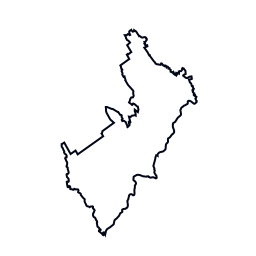 the district of Rumbas pag., Kuldigas, Latvia, rotated 247°
{"feature_id": "27541924B49988054161114", "entity_name": "Rumbas pag.", "entity_type": "district", "adm_level": 2, "iso_a3": "LVA", "parent_name": "Latvia", "parent_adm1": "Kuldigas", "projection": "natural_earth1", "projection_center": [22.062, 56.994], "detail": "fine", "context": "isolated", "style": "outline", "palette": "ink", "viewbox_px": 256, "rotation_deg": 247, "n_neighbors": 0, "source": "geoboundaries", "source_scale": "gbopen_adm2", "svg_char_len": 5851}
<svg xmlns="http://www.w3.org/2000/svg" viewBox="0 0 256 256"><g transform="rotate(247 128 128)"><path d="M125.2,201.4L125.8,201.3L126.3,201.8L127.4,201.5L128.2,201.6L128.6,201.5L129.0,202.3L130.0,203.1L130.4,202.6L132.3,202.6L132.3,202.3L131.6,201.9L132.5,201.4L133.0,201.5L134.0,202.4L134.3,202.1L135.0,202.1L135.7,201.7L136.1,201.7L136.9,202.5L137.6,202.1L137.9,202.2L138.2,202.6L138.1,203.6L138.4,203.9L138.9,203.6L140.1,203.7L141.3,204.0L141.6,203.2L144.4,203.5L145.8,202.8L148.7,203.0L148.2,205.8L148.3,206.0L150.7,206.6L151.1,205.1L151.1,203.9L150.8,202.4L151.5,200.9L154.6,199.2L154.9,199.4L154.9,199.8L155.2,200.5L155.2,202.2L158.1,203.2L161.0,202.5L161.9,201.6L161.4,200.9L160.5,200.7L159.7,199.3L159.6,199.1L160.1,198.0L160.2,196.9L159.6,196.8L158.9,196.0L158.6,196.0L158.5,196.3L158.1,196.1L158.8,195.5L158.6,194.8L158.8,194.7L159.1,195.0L159.3,194.9L159.2,194.2L159.4,194.1L159.0,193.9L158.4,193.9L157.7,193.4L157.9,193.0L158.7,192.8L158.1,192.6L158.7,192.3L158.8,191.8L159.0,191.7L159.1,192.0L159.4,192.0L160.5,191.1L161.5,191.3L161.2,190.8L161.5,190.6L162.2,190.5L162.5,189.8L163.4,189.6L163.4,189.3L163.9,189.4L164.8,190.0L165.2,189.7L166.2,189.3L166.8,189.5L166.9,189.3L166.5,189.0L166.8,188.8L166.9,188.4L167.1,188.4L167.5,188.9L168.5,188.7L168.9,188.5L169.4,187.9L169.0,187.2L170.1,187.3L170.3,187.2L170.1,186.9L170.7,186.6L170.3,186.3L170.6,185.7L172.2,184.9L172.2,184.6L172.6,184.4L173.0,184.6L174.0,184.4L174.5,183.8L173.5,182.5L174.8,180.5L175.0,180.4L175.4,179.4L176.7,178.5L177.6,178.5L179.6,177.8L185.4,176.4L186.5,176.5L186.6,175.9L190.2,175.6L195.6,174.4L195.6,177.8L196.7,178.0L197.3,176.3L199.2,176.1L199.1,176.7L200.8,176.8L200.5,177.5L201.8,179.7L202.5,180.1L203.3,179.6L204.0,179.9L205.1,179.1L205.7,176.3L206.3,175.7L207.1,175.4L208.3,174.5L208.2,174.1L213.6,173.2L215.6,171.9L214.7,171.5L214.7,171.2L214.9,171.1L214.8,170.1L216.0,169.6L216.5,168.9L217.0,169.1L216.8,167.7L216.4,166.9L214.9,166.3L212.9,166.4L212.9,165.7L213.8,165.5L214.5,164.6L214.0,163.2L214.7,161.3L212.6,161.6L211.6,161.3L209.4,161.5L208.7,162.1L207.1,163.0L205.8,163.2L204.6,159.6L196.6,160.7L195.6,156.5L196.2,156.5L196.0,155.6L191.0,156.1L188.6,145.4L187.5,145.5L185.1,145.0L184.8,145.4L183.9,145.5L183.9,145.0L182.6,144.3L182.2,144.4L180.4,144.3L179.3,143.6L176.7,143.9L176.8,144.9L172.6,144.4L172.6,144.2L167.8,144.8L160.5,147.3L159.6,147.3L158.2,146.4L155.4,145.8L154.3,144.6L154.8,142.9L153.8,141.4L152.0,140.0L151.1,138.9L148.8,140.3L147.6,140.8L147.7,141.3L148.5,142.1L148.3,142.7L147.3,143.4L144.2,144.9L143.8,145.4L140.9,144.8L138.8,143.3L142.2,141.4L140.9,140.8L139.2,140.8L137.4,140.3L136.4,139.9L137.1,139.3L137.8,136.4L137.1,134.7L138.1,133.3L134.0,132.7L133.4,132.5L133.4,132.0L133.0,131.9L132.7,132.4L132.4,132.5L132.2,132.2L132.8,131.6L132.2,131.5L131.8,131.1L131.0,131.1L131.9,130.7L131.3,130.5L130.2,130.7L129.4,129.1L129.0,127.9L129.3,127.8L129.7,128.2L134.3,128.2L136.2,127.1L136.5,126.5L136.6,125.5L137.9,125.4L138.7,126.7L140.7,126.4L142.0,127.1L142.5,127.0L143.2,125.9L146.3,125.3L146.3,125.1L151.5,121.4L151.5,121.0L151.7,120.7L155.6,116.8L156.0,115.8L152.1,114.4L150.4,114.2L143.6,114.9L142.6,115.1L138.3,117.1L135.1,103.2L133.4,102.1L133.3,101.5L130.1,101.9L123.4,71.4L127.7,70.9L126.5,65.0L139.5,63.6L139.0,61.0L139.1,60.7L137.5,59.9L136.6,59.7L134.7,60.1L132.9,60.0L131.5,60.2L130.3,59.6L129.8,59.6L129.3,59.7L127.7,60.6L126.3,60.7L125.0,60.0L125.3,59.0L124.6,58.3L122.1,58.4L121.5,58.3L120.6,58.5L119.8,58.5L117.7,57.4L117.0,56.5L116.2,56.4L115.6,56.9L114.9,57.0L113.6,56.4L111.8,56.3L110.2,56.0L109.9,55.8L109.3,54.9L109.5,53.6L109.0,53.2L106.8,52.7L104.6,53.4L102.9,53.0L102.3,52.8L101.8,52.2L102.4,51.2L102.5,50.9L102.4,50.6L99.5,49.8L97.4,49.4L97.1,49.5L96.7,50.2L96.9,50.9L97.5,51.3L97.3,51.6L96.6,51.8L95.9,51.7L94.6,51.0L94.0,51.5L93.5,52.5L92.6,53.3L92.4,53.7L92.5,54.2L93.0,54.7L92.9,55.0L92.0,55.7L91.4,57.3L90.9,58.0L90.0,58.1L88.5,57.0L87.8,57.3L87.1,58.1L86.0,58.8L84.8,58.4L81.2,59.4L79.4,60.3L79.0,60.2L78.0,59.6L77.1,59.3L72.6,59.5L72.0,59.8L70.9,61.3L70.1,61.8L70.3,62.7L69.8,64.6L69.3,65.0L67.7,64.4L66.8,64.7L66.2,65.1L65.0,65.0L64.7,64.4L63.4,63.4L63.1,62.6L61.7,61.8L60.4,61.6L59.5,61.7L58.4,62.6L57.2,62.8L56.2,62.6L54.5,63.0L53.3,62.8L52.8,62.2L49.2,61.4L47.6,62.2L46.5,62.4L45.2,63.1L44.8,62.9L44.8,62.1L45.2,61.6L45.0,61.2L44.3,60.9L42.9,61.8L41.9,62.1L41.4,62.6L39.4,63.1L39.0,63.3L39.0,63.6L40.7,63.8L41.4,64.3L41.4,65.1L41.0,65.5L40.3,65.7L39.2,65.6L42.2,67.8L43.1,69.3L43.7,72.8L44.9,77.1L48.4,79.6L48.9,80.9L49.0,81.8L50.7,85.5L52.6,87.6L52.8,89.5L53.2,90.1L54.5,90.4L55.0,90.6L55.2,91.0L55.2,92.3L54.6,94.2L54.9,94.7L55.0,96.0L55.4,96.6L56.8,97.7L61.1,98.9L62.2,100.3L65.5,102.7L65.9,103.3L66.1,103.7L66.0,104.5L65.7,105.4L64.0,106.5L63.9,106.9L64.0,107.6L64.8,108.2L66.4,108.9L68.2,109.5L70.8,111.2L72.3,111.8L73.5,113.5L74.1,113.8L74.9,113.9L76.2,113.6L77.2,113.0L77.9,112.7L78.6,112.9L80.8,114.1L81.1,114.9L81.2,116.6L81.4,117.5L81.0,119.0L79.9,120.7L77.8,122.8L76.1,125.7L76.0,126.9L75.0,127.8L75.2,128.0L73.9,128.8L73.6,129.2L73.4,129.7L73.1,131.2L72.8,132.0L71.7,133.2L71.1,133.5L70.7,134.2L70.8,134.7L71.1,135.0L73.2,135.5L73.7,135.2L76.5,134.8L77.2,135.0L78.3,136.0L79.6,135.9L80.3,136.5L83.1,136.5L88.6,140.8L90.4,141.9L91.6,143.1L91.4,143.2L91.5,144.1L91.0,144.4L92.0,144.7L92.9,146.2L93.2,147.2L93.2,148.4L92.7,150.9L93.1,152.6L93.5,153.7L94.0,154.4L97.7,156.3L98.7,157.4L99.1,158.8L99.8,159.5L101.2,160.0L102.7,160.8L103.0,162.8L104.8,165.9L105.1,167.2L105.6,168.2L106.1,168.8L106.9,169.2L108.1,169.5L111.5,169.7L114.0,170.8L114.6,171.2L114.9,171.7L115.2,173.8L118.0,177.8L119.1,181.4L119.9,182.2L124.0,183.2L125.7,185.0L126.0,185.6L126.2,187.0L126.6,187.8L126.7,188.4L126.6,189.5L127.0,192.3L127.4,192.7L128.7,193.2L129.3,193.8L129.3,194.7L128.7,195.6L127.8,196.4L124.6,198.2L124.3,198.9L124.8,200.7L125.2,201.4Z" fill="none" stroke="#020617" stroke-width="2"/></g></svg>